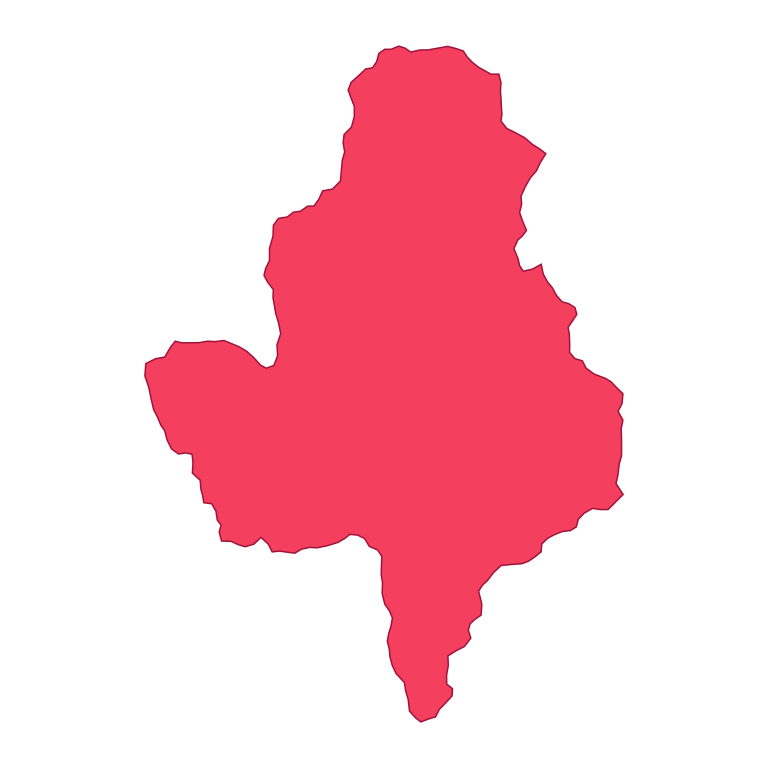 Doutor Pedrinho, Santa Catarina, Brazil
{"feature_id": "56859067B40062272044728", "entity_name": "Doutor Pedrinho", "entity_type": "district", "adm_level": 2, "iso_a3": "BRA", "parent_name": "Brazil", "parent_adm1": "Santa Catarina", "projection": "orthographic", "projection_center": [-49.556, -26.711], "detail": "fine", "context": "isolated", "style": "filled", "palette": "rose", "viewbox_px": 768, "rotation_deg": 0, "n_neighbors": 0, "source": "geoboundaries", "source_scale": "gbopen_adm2", "svg_char_len": 3032}
<svg xmlns="http://www.w3.org/2000/svg" viewBox="0 0 768 768"><path d="M541.2,264.3L532.2,269.2L523.2,271.2L519.6,265.7L518.1,258.8L513.9,248.7L517.7,240.1L522.3,236.0L526.5,230.4L522.9,221.9L519.6,212.6L521.6,204.3L521.0,196.3L525.2,186.9L530.3,177.9L536.3,171.0L540.4,162.4L545.8,153.7L539.8,149.0L532.4,144.4L524.8,137.8L516.1,133.1L506.8,128.5L501.0,121.1L501.9,114.2L501.3,105.6L501.0,98.0L500.4,91.1L501.0,82.8L498.8,74.1L491.0,74.2L484.6,70.6L478.6,67.3L472.6,62.6L467.4,57.2L463.3,51.0L455.9,48.5L447.7,46.4L439.9,47.8L428.0,49.9L419.6,50.0L410.8,52.1L405.1,48.2L398.9,46.1L391.1,49.3L384.7,49.3L378.8,53.5L376.7,61.6L372.5,67.8L365.7,69.0L359.4,74.9L351.1,82.4L348.2,90.0L350.9,97.7L354.3,106.3L354.3,116.5L351.5,127.0L344.1,134.5L343.1,142.8L344.7,151.8L342.3,160.3L341.4,170.2L340.4,181.1L332.4,189.1L322.7,190.8L318.8,199.3L314.0,206.0L307.6,206.2L300.4,211.2L293.4,212.2L287.2,217.0L278.5,218.3L273.4,225.3L273.0,236.2L269.5,248.3L269.5,260.4L265.6,268.7L264.0,275.4L267.9,282.6L273.3,289.5L273.0,297.8L274.5,306.1L275.7,313.3L278.5,322.7L280.7,333.6L277.0,344.8L277.6,355.7L273.9,365.4L266.3,368.2L260.5,365.1L253.9,357.8L246.7,351.3L239.5,347.0L231.7,343.7L224.0,340.5L215.0,341.6L207.3,341.2L199.7,342.6L189.8,342.8L182.0,342.8L175.2,341.2L170.4,347.4L164.7,357.1L155.6,358.7L145.8,363.6L144.9,376.0L148.8,387.4L151.1,398.7L153.6,409.5L157.5,417.1L160.8,425.1L164.7,430.8L167.2,440.2L171.5,448.9L178.6,454.0L186.0,452.9L192.0,454.3L193.0,462.0L192.4,473.1L200.2,480.3L200.9,489.3L202.7,495.8L203.8,502.7L211.8,503.8L216.0,511.4L217.3,520.1L221.1,525.2L219.2,531.7L221.5,541.0L231.2,541.4L238.2,544.6L245.0,546.7L253.8,544.2L261.0,537.4L268.3,544.2L272.2,551.9L279.3,551.1L287.4,552.2L294.8,553.2L301.4,549.2L309.6,547.4L317.0,547.8L327.3,545.7L338.0,542.4L344.7,538.5L349.9,534.4L357.6,535.1L364.6,538.5L369.3,546.4L377.6,550.0L381.9,556.5L381.5,564.8L381.2,574.5L382.5,582.6L382.2,593.7L384.8,604.2L389.5,611.0L392.4,617.9L390.9,626.6L388.9,632.8L387.3,641.1L389.3,649.3L389.9,656.6L392.2,665.2L396.1,673.6L404.4,682.6L405.7,690.9L408.2,699.5L409.5,711.1L415.4,717.7L420.8,721.9L428.2,719.1L435.6,716.9L439.3,709.4L446.1,702.4L452.1,695.9L452.5,688.7L446.7,684.1L446.6,675.0L448.3,665.6L447.9,655.9L456.0,650.8L464.4,646.5L470.8,638.2L468.3,629.9L470.2,623.7L475.0,619.3L481.1,615.1L481.8,604.1L478.6,591.2L482.5,585.1L487.7,580.3L493.4,572.7L501.1,565.5L512.2,564.4L521.9,563.7L528.5,561.2L535.0,556.8L541.1,551.8L541.8,543.9L547.9,538.1L554.8,534.5L562.1,531.6L570.5,530.5L576.3,526.9L578.3,519.3L584.1,513.2L592.5,508.4L600.6,509.6L608.0,509.6L623.1,494.5L616.0,483.5L617.9,475.2L619.2,464.1L621.5,455.8L621.6,448.5L621.5,437.8L621.2,428.6L622.9,420.1L618.1,411.3L622.1,403.4L622.9,393.7L616.4,387.4L611.2,382.0L605.8,378.5L600.0,376.3L594.2,374.1L586.1,368.2L582.3,360.8L574.9,358.6L569.6,352.4L569.7,345.1L569.4,334.4L568.1,327.4L572.7,320.6L576.8,314.4L574.9,307.5L568.6,303.6L562.0,301.8L556.4,295.3L552.3,287.7L547.5,281.9L543.2,274.0L541.2,264.3Z" fill="#f43f5e" stroke="#9f1239" stroke-width="1.5"/></svg>